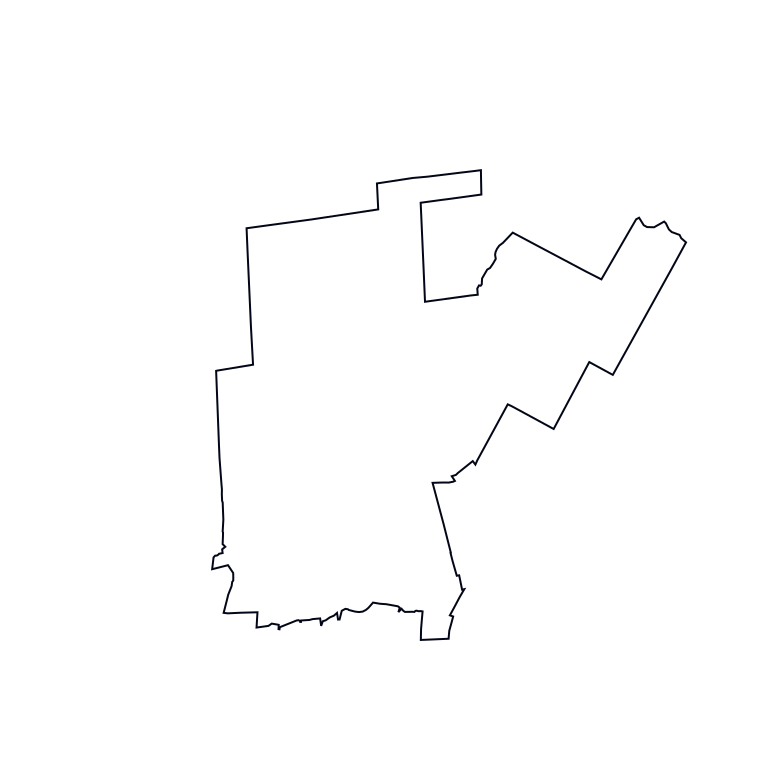 the district of Vitanesti, Teleorman, Romania, rotated 299°
{"feature_id": "2599482B39756313784680", "entity_name": "Vitanesti", "entity_type": "district", "adm_level": 2, "iso_a3": "ROU", "parent_name": "Romania", "parent_adm1": "Teleorman", "projection": "natural_earth1", "projection_center": [25.463, 44.005], "detail": "fine", "context": "isolated", "style": "outline", "palette": "ink", "viewbox_px": 768, "rotation_deg": 299, "n_neighbors": 0, "source": "geoboundaries", "source_scale": "gbopen_adm2", "svg_char_len": 2398}
<svg xmlns="http://www.w3.org/2000/svg" viewBox="0 0 768 768"><g transform="rotate(299 384 384)"><path d="M617.5,364.4L615.4,361.6L607.9,351.2L607.0,349.9L603.5,345.1L586.4,321.5L578.1,309.2L556.0,280.6L533.9,294.3L492.6,240.6L467.5,206.9L453.6,188.3L434.6,199.9L369.2,240.1L337.4,260.1L315.0,231.8L314.1,230.8L250.7,269.2L239.4,276.1L217.3,290.6L213.3,293.3L208.6,295.8L203.4,299.0L202.1,300.4L187.4,309.3L176.6,314.5L176.1,315.2L172.7,317.0L165.7,320.5L164.7,324.1L160.9,322.6L157.9,324.8L155.5,322.0L154.5,321.9L152.8,320.9L152.0,319.5L149.7,319.0L138.7,323.5L149.9,335.4L145.6,343.7L142.4,345.6L139.1,347.4L137.3,347.2L133.3,348.7L124.2,349.9L118.7,351.4L106.1,354.7L107.7,358.6L114.5,369.6L123.0,384.0L109.2,390.6L116.4,400.2L120.0,402.0L121.9,407.4L122.3,408.7L118.5,410.6L118.8,411.5L120.8,410.8L134.8,422.2L135.9,423.6L136.2,425.4L135.3,426.0L135.6,426.7L137.0,426.2L141.5,433.2L143.8,435.6L148.0,441.8L142.0,446.3L146.8,445.5L149.1,447.6L153.5,449.7L157.1,452.5L161.0,453.9L155.7,458.0L156.5,459.3L165.2,457.0L168.6,459.2L169.5,461.7L169.3,462.8L170.9,469.0L172.4,472.7L174.6,475.7L177.6,477.7L180.7,478.9L187.5,480.4L189.7,486.6L190.7,488.9L192.5,492.7L196.0,503.0L196.3,504.0L196.0,506.2L191.5,507.2L195.9,508.3L195.0,510.9L194.8,512.8L198.6,519.4L199.4,521.1L200.8,521.5L201.6,522.5L202.0,524.3L203.2,526.3L203.8,528.0L195.7,531.6L187.7,535.2L178.0,540.3L192.5,564.0L199.9,560.7L207.0,559.0L214.2,557.2L213.6,553.8L224.0,553.7L234.3,553.5L243.5,553.7L242.0,552.0L253.1,542.5L251.6,540.6L262.5,529.7L268.6,524.0L268.9,524.2L274.0,519.4L290.2,504.2L321.1,474.4L326.7,483.8L329.1,488.3L332.0,491.8L333.6,493.0L336.2,488.0L339.4,491.0L342.1,491.8L359.6,499.0L357.8,503.0L362.5,502.6L378.1,502.5L426.2,502.1L426.5,506.5L426.9,554.2L502.7,552.9L502.9,579.7L624.3,579.7L639.3,579.6L654.3,579.5L655.6,573.3L657.7,570.2L656.4,562.0L657.3,558.3L659.0,555.8L660.9,553.1L661.3,552.5L661.5,551.6L661.9,550.3L652.0,544.2L648.8,538.0L648.8,534.2L653.1,526.5L650.3,524.7L641.6,524.5L580.9,523.4L580.3,506.3L579.3,452.4L578.8,423.2L565.1,419.6L560.9,417.7L557.0,417.3L553.5,417.6L550.9,418.5L547.6,421.1L542.2,421.0L536.9,420.5L534.1,418.8L523.9,418.6L518.5,421.2L516.8,420.9L516.3,419.3L512.7,419.3L507.5,422.7L503.6,417.1L475.8,380.0L501.8,364.1L560.3,328.2L573.2,345.5L576.7,350.3L589.1,366.9L596.9,377.3L607.4,371.2L618.0,365.1L617.5,364.4Z" fill="none" stroke="#020617" stroke-width="2"/></g></svg>